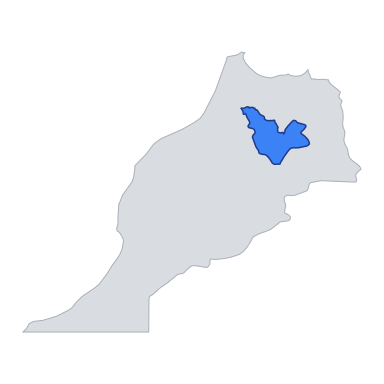 location of Fès - Boulemane within Morocco
{"feature_id": "MAR-1446", "entity_name": "Fès - Boulemane", "entity_type": "Region", "adm_level": 1, "iso_a3": "MAR", "parent_name": "Morocco", "parent_adm1": "", "projection": "natural_earth1", "projection_center": [-4.364, 33.462], "detail": "fine", "context": "in_parent", "style": "filled", "palette": "blue", "viewbox_px": 384, "rotation_deg": 0, "n_neighbors": 0, "source": "natural_earth", "source_scale": "10m", "svg_char_len": 4161}
<svg xmlns="http://www.w3.org/2000/svg" viewBox="0 0 384 384"><path d="M26.5,328.5L29.2,323.6L33.6,321.4L42.7,320.4L56.3,316.3L68.6,310.2L72.0,307.7L75.8,302.8L82.0,296.5L93.5,288.8L98.8,284.6L106.9,273.9L112.4,265.0L116.8,259.3L119.9,254.3L122.1,249.2L123.5,240.9L122.7,237.7L119.4,232.4L117.2,231.0L116.6,228.5L117.9,224.1L118.0,216.6L118.8,204.6L122.7,194.9L131.9,182.1L133.7,176.9L134.8,168.6L134.9,165.7L146.4,153.9L153.1,144.8L155.5,142.6L161.3,138.5L181.8,129.5L193.3,123.1L200.1,118.4L204.1,112.8L215.3,91.0L226.3,60.4L227.2,56.9L232.0,55.9L235.4,55.4L238.2,54.3L241.6,52.0L244.9,52.9L243.2,54.5L243.2,58.3L245.5,62.7L249.5,67.6L256.9,73.9L262.6,76.5L270.7,78.0L280.2,75.2L285.6,75.2L288.2,74.0L291.0,75.7L296.3,76.3L301.5,75.4L305.4,72.7L307.9,69.7L308.3,71.2L308.4,72.8L309.2,73.7L310.7,77.6L311.5,79.1L314.5,78.9L317.1,79.6L322.9,79.3L328.5,79.9L329.3,82.5L331.0,84.4L336.8,89.0L340.2,91.9L340.3,92.8L339.2,95.2L338.8,96.8L339.7,98.5L341.8,100.5L342.0,101.5L341.5,102.6L340.4,104.9L342.8,111.4L343.2,117.6L342.7,122.1L342.7,124.7L343.0,126.9L345.0,132.0L343.8,140.4L345.3,145.0L347.4,148.7L348.6,155.3L350.2,158.5L353.0,161.2L354.5,162.2L357.5,164.4L359.7,166.4L361.0,169.2L358.3,171.5L356.2,173.6L355.6,175.9L356.6,179.5L356.6,181.4L355.3,182.1L349.7,181.9L345.3,181.7L340.3,181.5L333.2,181.2L328.8,181.0L322.8,180.7L320.7,180.8L315.2,181.8L311.3,182.5L310.7,182.7L309.5,183.6L308.6,186.3L307.9,189.3L307.1,190.7L295.4,195.1L290.8,195.7L288.2,195.2L286.3,195.6L284.7,196.5L284.1,198.0L284.1,199.8L284.4,201.6L285.5,204.1L285.8,206.7L285.0,208.5L284.9,210.3L284.5,212.3L285.1,213.3L286.3,213.5L287.4,214.4L289.0,215.2L290.3,216.7L290.3,218.9L289.2,220.2L288.2,220.8L283.8,221.4L280.3,221.9L275.8,225.4L271.0,229.2L265.2,231.7L262.7,232.4L258.3,234.1L253.0,237.1L250.4,241.8L247.1,247.2L243.9,250.9L239.6,254.3L235.6,255.7L230.5,257.3L224.1,258.6L219.6,259.0L218.2,259.3L214.2,259.4L212.3,259.1L210.8,259.0L210.3,259.3L210.1,260.2L210.0,262.2L209.7,264.4L208.4,266.3L207.5,267.1L206.5,267.5L203.1,267.0L200.3,266.4L193.7,265.6L192.3,265.8L191.8,266.0L189.7,267.3L186.5,270.0L184.3,272.4L182.7,273.5L178.8,274.1L177.1,274.9L169.8,280.9L168.3,282.3L160.8,287.4L158.7,289.1L157.0,290.8L152.5,294.7L149.7,296.3L149.2,297.3L149.0,299.6L148.9,304.8L148.9,309.7L148.8,316.9L148.8,324.1L148.7,332.0L23.0,332.0L26.5,328.5Z" fill="#d9dde1" stroke="#a8b0b8" stroke-width="1"/><path d="M247.5,106.8L248.1,106.8L248.6,107.1L249.1,107.8L249.4,108.0L249.9,107.5L250.1,107.5L250.3,107.5L252.6,107.4L253.1,107.4L253.3,107.7L253.5,108.0L253.9,108.3L254.1,108.4L254.7,108.4L254.8,108.3L255.1,108.8L255.2,109.3L255.4,109.5L255.7,109.9L256.7,109.8L257.7,110.8L258.3,111.8L259.2,113.3L260.0,114.3L261.8,115.4L263.4,116.1L264.3,117.0L264.5,118.1L264.4,118.9L265.1,119.5L266.7,120.6L267.5,120.5L269.5,120.8L269.9,120.5L270.7,120.5L272.1,120.7L273.1,120.3L274.2,120.2L274.7,120.5L274.6,121.0L274.7,121.7L276.1,123.8L276.9,125.3L278.0,127.2L277.6,128.5L277.7,130.0L277.5,130.9L277.8,131.8L278.4,132.3L279.1,132.6L279.8,132.7L280.5,133.0L282.4,132.4L283.0,132.5L283.4,133.3L283.6,133.8L283.9,133.7L285.0,131.7L284.9,130.9L285.0,130.1L285.4,129.4L287.5,126.6L287.8,126.1L288.3,125.7L291.5,122.1L292.5,121.1L293.6,120.4L294.7,120.5L295.6,120.8L296.3,121.4L296.8,122.1L297.9,122.8L304.5,124.6L305.4,125.1L305.9,125.6L305.7,126.9L304.3,129.0L301.3,131.9L300.8,132.8L301.5,133.8L304.9,136.3L307.9,139.6L309.1,142.1L309.4,144.0L308.0,145.3L306.5,146.1L298.6,147.7L295.5,147.9L293.8,147.7L292.4,147.9L290.9,148.2L288.7,150.2L283.7,157.2L282.4,159.6L281.1,161.5L280.4,162.7L279.9,164.1L278.0,164.2L276.9,164.1L274.7,164.3L273.3,163.8L272.1,162.9L271.6,161.8L268.9,157.9L266.2,155.1L264.5,154.5L262.2,154.3L260.0,153.7L259.0,152.9L258.8,151.7L258.3,150.4L256.0,146.9L252.4,137.1L252.8,135.6L255.1,132.9L254.9,131.1L254.2,129.6L252.9,128.6L249.0,127.7L248.2,126.9L248.1,125.8L249.5,123.7L249.9,122.9L249.4,121.5L247.0,117.3L245.9,114.3L245.5,113.6L244.9,113.8L244.4,114.2L243.7,114.3L243.3,113.9L243.2,113.0L243.0,111.8L242.7,110.6L241.9,109.6L240.8,107.8L241.3,108.1L241.8,108.2L243.5,108.2L244.5,108.0L247.0,106.9L247.5,106.8Z" fill="#3b82f6" stroke="#1e3a8a" stroke-width="1.5"/></svg>